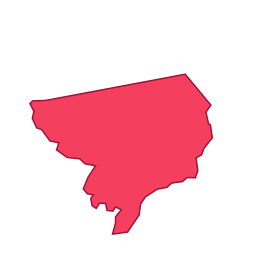 outline of Stanly, North Carolina, United States of America, rotated 51°
{"feature_id": "52423323B43172948431886", "entity_name": "Stanly", "entity_type": "district", "adm_level": 2, "iso_a3": "USA", "parent_name": "United States of America", "parent_adm1": "North Carolina", "projection": "albers", "projection_center": [-80.212, 35.324], "detail": "fine", "context": "isolated", "style": "filled", "palette": "rose", "viewbox_px": 256, "rotation_deg": 51, "n_neighbors": 0, "source": "geoboundaries", "source_scale": "gbopen_adm2", "svg_char_len": 774}
<svg xmlns="http://www.w3.org/2000/svg" viewBox="0 0 256 256"><g transform="rotate(51 128 128)"><path d="M122.2,49.7L54.7,174.7L46.9,185.1L47.3,188.4L47.2,188.8L55.8,190.6L60.4,196.4L70.5,198.9L74.7,196.1L88.9,196.8L96.0,191.1L100.1,197.3L112.6,193.8L121.6,184.9L128.7,183.9L136.9,177.1L141.1,190.0L147.2,201.1L153.6,201.0L158.0,197.1L159.5,201.4L165.9,204.8L170.5,203.3L168.5,197.4L172.6,192.9L178.9,196.2L183.1,192.0L181.5,187.4L187.3,184.7L189.2,193.5L194.2,197.7L200.7,206.8L208.6,193.9L202.6,174.0L195.1,166.3L192.5,157.9L193.9,143.9L198.7,135.0L198.2,128.9L203.9,119.3L203.7,113.3L209.1,107.0L205.2,100.7L194.0,93.8L195.2,87.8L191.5,81.6L188.7,68.7L177.3,61.9L175.3,62.7L164.7,57.4L162.3,49.2L122.2,49.7Z" fill="#f43f5e" stroke="#9f1239" stroke-width="1.5"/></g></svg>